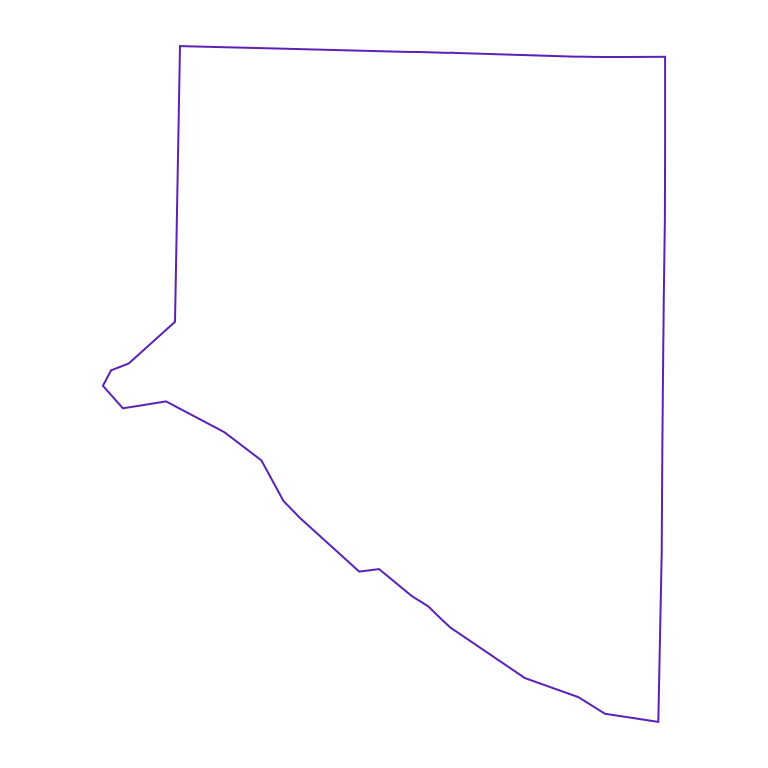 Limestone, Alabama, United States of America
{"feature_id": "52423323B63204194774288", "entity_name": "Limestone", "entity_type": "district", "adm_level": 2, "iso_a3": "USA", "parent_name": "United States of America", "parent_adm1": "Alabama", "projection": "equal_earth", "projection_center": [-86.962, 34.775], "detail": "fine", "context": "isolated", "style": "outline", "palette": "violet", "viewbox_px": 768, "rotation_deg": 0, "n_neighbors": 0, "source": "geoboundaries", "source_scale": "gbopen_adm2", "svg_char_len": 651}
<svg xmlns="http://www.w3.org/2000/svg" viewBox="0 0 768 768"><path d="M658.3,721.9L661.7,553.1L662.2,469.3L662.3,453.0L663.3,342.7L663.4,337.2L663.8,295.9L664.9,218.4L665.1,144.9L665.1,56.8L623.1,57.0L605.3,57.0L605.2,57.0L593.8,56.9L590.0,56.8L584.0,56.7L576.0,56.7L456.7,53.0L453.2,52.8L450.5,52.7L448.4,52.9L419.4,52.0L406.7,51.9L280.1,48.6L180.0,46.1L175.0,321.8L128.7,363.5L111.1,370.3L102.9,385.8L122.9,408.3L166.0,401.4L224.2,432.1L261.4,460.4L283.4,500.9L299.8,517.8L359.2,571.6L379.1,569.1L411.8,596.1L428.3,606.4L441.8,619.6L450.3,627.5L524.9,678.1L578.5,697.2L605.0,713.8L658.3,721.9Z" fill="none" stroke="#5b21b6" stroke-width="2"/></svg>